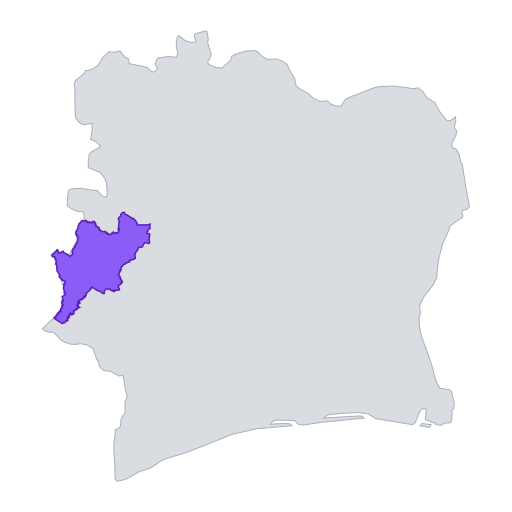 Tonkpi, Dix-Huit Montagnes, Ivory Coast shown in context
{"feature_id": "98640826B98350089255378", "entity_name": "Tonkpi", "entity_type": "district", "adm_level": 2, "iso_a3": "CIV", "parent_name": "Ivory Coast", "parent_adm1": "Dix-Huit Montagnes", "projection": "albers", "projection_center": [-7.715, 7.368], "detail": "fine", "context": "in_parent", "style": "filled", "palette": "violet", "viewbox_px": 512, "rotation_deg": 0, "n_neighbors": 0, "source": "geoboundaries", "source_scale": "gbopen_adm2", "svg_char_len": 9231}
<svg xmlns="http://www.w3.org/2000/svg" viewBox="0 0 512 512"><path d="M85.7,70.5L87.8,70.5L93.1,68.9L98.0,65.3L102.6,57.8L108.7,51.8L115.6,52.3L117.6,51.2L120.0,51.0L122.9,54.9L125.8,57.9L127.9,58.0L129.4,63.7L142.0,66.1L147.4,67.6L152.0,71.8L153.6,71.9L155.5,71.0L157.0,69.5L157.3,67.9L155.3,64.2L156.2,60.8L158.2,57.8L161.4,57.6L166.3,56.7L171.9,56.7L176.1,57.3L177.8,54.2L176.2,45.8L176.6,41.1L177.2,37.2L178.8,35.6L185.0,40.5L190.7,42.3L194.8,42.4L195.9,41.5L194.2,36.1L194.6,34.4L196.2,33.5L198.8,32.9L206.1,30.7L206.9,31.2L208.3,39.6L207.6,42.4L209.2,48.2L211.1,53.6L211.0,55.7L209.4,59.1L207.6,62.1L207.8,63.4L210.7,65.4L216.3,67.6L222.0,68.0L225.2,64.9L228.5,62.3L230.8,60.1L231.6,56.7L235.2,54.2L245.6,51.1L255.2,50.6L257.5,51.6L261.9,56.2L267.4,59.4L275.8,59.0L281.8,60.8L287.1,64.4L290.7,72.4L294.6,78.2L296.3,86.4L302.4,90.6L307.2,92.6L313.7,98.5L320.4,101.5L327.3,100.8L330.6,103.9L335.8,106.0L340.9,106.2L345.4,99.2L351.4,96.5L366.5,90.8L372.5,88.3L378.5,86.7L393.1,86.0L406.7,87.6L413.5,88.8L418.1,87.8L422.5,91.1L427.1,97.9L430.8,100.0L434.6,102.4L437.5,107.7L440.8,113.1L442.7,115.4L446.8,120.7L450.3,120.7L453.7,118.4L455.2,116.7L455.9,120.2L454.6,125.9L454.9,129.4L456.9,130.7L455.9,135.3L451.9,143.0L452.0,147.6L456.0,148.9L458.9,153.7L460.7,162.0L462.4,164.7L462.6,166.4L465.7,186.4L469.5,206.5L467.3,209.1L464.2,209.9L462.1,210.9L461.6,212.8L462.9,215.5L462.1,218.0L458.2,219.8L449.9,226.3L449.3,228.8L447.1,234.3L445.3,237.6L442.6,243.8L438.4,260.2L436.9,273.7L436.7,277.8L435.0,280.8L433.1,285.0L424.0,296.6L419.4,306.1L420.1,310.2L420.3,314.4L419.0,317.4L419.3,325.3L420.5,332.0L422.2,338.6L429.1,357.1L432.7,368.3L434.9,377.4L436.9,383.4L438.7,385.9L439.5,388.2L449.4,389.8L451.4,391.1L454.2,403.0L453.8,408.3L451.9,410.4L452.0,414.9L451.6,420.5L450.2,422.8L444.6,423.1L440.9,425.3L435.9,424.5L435.4,423.1L432.7,422.6L425.3,419.5L426.4,409.2L423.0,408.8L420.3,410.2L415.2,422.6L412.7,424.7L375.8,418.7L367.8,413.7L358.2,412.6L341.5,413.3L327.7,414.9L323.8,418.0L358.6,416.0L362.3,416.3L364.1,418.1L320.1,422.5L303.3,425.1L298.4,424.4L294.6,420.5L276.3,420.1L272.6,421.5L270.4,424.4L277.5,423.7L288.9,423.5L291.9,425.7L256.5,428.8L231.9,434.4L221.5,438.6L187.2,452.2L166.3,458.6L160.8,461.0L151.3,467.6L139.1,471.8L125.3,479.5L116.9,481.3L115.1,478.8L114.8,465.7L113.7,448.1L114.1,441.3L115.2,435.0L115.2,429.8L119.4,427.8L120.5,425.6L121.1,418.8L125.0,412.5L125.1,401.7L126.2,399.4L127.1,396.5L125.4,389.4L123.3,376.0L122.2,375.1L121.3,375.7L119.1,376.0L110.5,371.3L103.8,370.5L99.2,366.5L98.9,362.0L96.6,359.4L95.0,354.2L92.7,348.2L86.2,344.6L80.0,343.7L75.7,344.4L70.6,344.2L64.7,342.2L60.7,339.9L56.8,335.5L53.3,332.0L50.4,332.5L47.0,331.6L43.6,330.0L42.5,328.8L56.7,314.9L61.6,308.1L62.1,303.9L62.1,299.7L63.7,295.4L64.1,288.8L56.3,264.9L54.3,257.5L52.2,255.4L50.9,254.5L54.8,251.5L60.3,252.3L68.7,254.7L70.5,252.3L76.9,240.3L76.7,235.8L76.1,232.7L79.8,224.5L82.7,221.3L84.3,217.8L83.8,213.1L81.6,211.4L78.6,211.7L75.1,210.5L69.8,207.8L67.1,205.4L67.9,194.5L68.4,191.1L70.3,189.2L73.3,188.7L81.6,188.3L88.3,189.6L94.2,190.3L97.3,190.3L99.9,193.5L103.2,196.8L106.2,196.8L107.3,194.4L106.6,183.6L104.6,177.9L100.1,172.4L88.4,167.7L88.2,161.2L89.3,154.1L91.9,151.5L100.5,147.0L99.0,144.5L96.2,142.0L90.7,139.3L92.0,130.9L92.3,123.3L87.6,124.1L82.9,124.6L78.8,122.2L75.5,117.6L74.9,105.0L74.9,90.4L74.2,83.9L75.5,80.4L79.6,77.3L84.1,73.2L85.7,70.5ZM431.1,424.7L429.2,427.5L419.9,425.8L422.1,423.5L431.1,424.7Z" fill="#d9dde1" stroke="#a8b0b8" stroke-width="1"/><path d="M89.7,222.1L89.7,222.4L89.2,222.7L87.7,221.9L86.9,222.4L86.5,222.1L86.8,221.1L86.0,220.5L85.4,220.5L84.1,221.2L82.8,220.9L82.4,220.5L81.4,221.1L81.1,221.7L80.5,222.1L80.0,223.4L79.1,223.5L78.8,224.9L78.2,225.7L78.2,227.0L76.6,230.9L75.8,231.8L75.7,233.2L76.3,234.5L76.1,234.7L76.3,235.3L77.5,235.2L77.0,236.1L78.4,237.9L77.8,238.7L77.8,240.2L76.7,243.3L74.5,246.6L75.0,247.3L74.5,248.0L74.2,248.0L73.1,248.8L72.7,250.3L72.1,251.3L72.8,253.5L72.3,254.6L70.8,255.4L70.0,256.5L66.2,253.7L63.6,252.6L63.3,251.3L61.9,251.6L61.2,252.7L60.7,252.8L59.8,253.0L58.2,252.8L58.4,251.1L57.6,250.8L57.6,250.0L57.3,249.7L56.9,249.9L55.1,252.3L52.0,255.3L51.9,255.8L53.2,257.1L54.3,256.5L55.0,256.8L55.1,258.6L55.7,259.2L55.5,259.5L56.1,260.5L56.3,262.4L56.2,263.2L55.7,263.6L55.7,264.2L56.7,265.2L57.0,266.6L56.7,267.7L57.1,271.1L59.4,274.3L59.2,274.7L59.7,274.8L60.0,275.2L59.8,275.8L59.1,276.8L59.4,277.3L60.4,277.9L60.6,278.4L61.0,278.4L61.4,279.7L61.9,280.0L62.7,279.8L63.1,280.4L64.4,281.4L64.9,281.1L65.1,281.6L65.1,283.4L64.3,283.7L63.7,284.5L64.2,285.4L63.6,287.0L63.7,287.4L63.4,287.9L64.6,292.0L64.3,292.4L64.4,292.8L65.1,292.8L65.1,293.4L65.5,293.9L64.6,295.4L62.2,296.5L62.7,299.5L63.3,300.7L63.3,301.0L62.0,301.2L62.0,301.9L61.6,302.4L62.2,304.5L62.6,304.7L62.8,304.6L63.2,303.8L63.1,304.9L61.8,306.3L62.4,307.3L62.3,307.5L61.8,307.6L61.7,308.3L60.6,308.9L60.9,311.2L60.5,310.8L60.0,310.8L59.5,311.2L59.4,311.4L59.7,311.8L59.6,312.1L59.3,312.4L58.9,312.2L57.9,313.2L58.1,314.0L57.5,313.5L57.4,314.1L56.5,314.6L56.2,315.0L56.4,316.3L56.3,316.6L55.5,317.5L55.0,317.2L54.8,318.2L54.5,318.2L54.3,317.9L54.2,318.3L62.3,323.6L63.2,323.1L63.6,322.2L64.4,322.1L64.9,322.6L65.1,321.7L65.9,321.2L66.2,320.6L67.3,321.0L67.6,320.9L67.8,320.4L67.5,319.6L67.8,319.3L67.3,319.5L67.2,319.2L68.2,318.7L68.0,318.1L67.2,317.4L67.7,317.2L68.1,317.8L68.4,317.8L68.4,317.1L69.4,317.2L69.5,316.6L69.9,316.8L69.5,316.5L69.4,316.1L68.6,315.6L68.8,315.3L69.7,314.9L69.5,314.2L70.1,314.2L70.0,313.3L70.9,313.3L71.3,313.6L71.6,314.2L71.1,314.7L71.4,314.9L72.4,314.7L72.7,314.1L73.6,314.0L73.7,313.8L73.2,313.8L73.7,313.5L73.9,313.0L73.4,312.8L73.5,312.1L73.8,311.7L73.3,310.9L73.7,310.6L74.3,310.9L75.0,310.3L74.8,310.1L75.6,309.2L75.9,309.2L76.2,309.6L76.6,308.8L77.0,308.9L77.0,308.2L77.6,308.5L78.0,307.6L78.4,308.1L79.0,307.7L78.4,307.7L78.8,307.4L78.9,307.1L78.6,306.9L78.8,306.7L77.9,306.1L78.2,306.1L78.3,305.4L78.0,305.0L77.8,305.8L77.5,306.0L77.2,305.5L77.5,305.4L77.3,304.5L78.3,303.8L78.7,304.0L78.9,303.8L78.3,303.6L78.2,302.8L78.5,302.7L78.6,303.0L79.0,302.8L78.1,302.4L78.1,301.9L77.9,302.2L77.7,301.9L77.8,301.6L78.3,301.7L79.0,301.2L79.5,301.7L79.3,301.0L79.8,300.6L79.9,299.8L80.3,299.6L80.7,299.8L80.5,300.4L81.1,299.8L82.0,299.5L81.7,299.1L82.6,299.0L82.6,298.4L83.2,298.4L84.0,297.7L83.6,297.5L83.8,296.9L84.3,297.2L84.4,296.7L85.2,296.7L85.1,296.2L85.6,295.9L85.2,295.7L85.7,295.4L85.7,295.0L86.0,294.8L85.9,294.4L86.3,293.5L87.1,292.8L87.3,292.1L88.7,291.4L88.9,291.0L90.2,289.8L90.2,289.0L91.2,288.7L91.8,287.2L92.8,287.6L97.4,290.6L100.3,291.5L102.7,293.4L104.1,293.6L104.5,290.8L105.5,289.9L106.1,288.9L106.9,288.4L108.4,289.4L110.2,289.2L110.1,289.6L111.2,290.4L111.6,290.3L112.3,290.9L112.7,290.4L113.5,290.7L113.9,291.2L113.7,291.2L113.8,291.6L114.5,291.0L115.0,290.8L114.6,290.4L114.6,290.1L115.5,290.3L119.2,290.0L119.5,289.1L118.0,286.4L119.4,285.0L119.9,284.9L120.8,283.7L121.2,283.6L120.9,283.3L121.0,282.9L121.5,282.6L121.3,282.4L121.4,282.1L121.8,282.2L122.0,282.5L122.4,282.0L121.8,281.5L122.0,281.0L121.6,280.3L121.2,280.5L120.9,280.0L121.2,279.6L120.8,278.8L120.3,278.6L120.5,277.9L120.1,277.3L120.3,276.9L120.1,276.7L119.7,276.9L119.0,276.6L118.8,275.5L118.9,275.1L118.6,275.2L118.4,274.8L118.9,274.4L119.1,273.4L119.7,272.4L119.8,271.7L119.5,270.8L120.0,270.5L120.6,270.8L121.2,269.7L120.9,268.7L121.3,266.9L122.7,266.1L123.0,265.0L123.7,264.4L125.0,264.2L125.5,263.2L126.2,263.0L126.6,263.1L127.7,262.2L128.5,262.1L128.3,262.0L129.0,260.9L129.8,260.8L130.5,260.3L130.9,260.4L131.2,259.7L133.8,259.4L134.4,259.0L134.5,258.5L135.4,258.2L135.2,256.8L134.7,255.7L135.0,255.1L134.7,254.7L135.4,253.6L135.5,252.6L137.7,249.9L137.9,248.2L138.6,248.0L139.0,247.1L141.8,247.2L142.7,246.4L143.3,244.6L144.6,242.9L146.2,242.7L148.2,243.5L149.5,243.2L149.7,242.4L149.3,240.4L149.2,237.2L149.6,236.5L149.7,234.2L149.2,233.6L146.8,233.5L146.6,232.6L146.8,231.9L147.8,231.5L148.0,229.9L149.9,228.6L150.2,227.4L149.6,226.2L150.2,224.2L146.7,224.9L137.5,225.0L137.3,224.6L137.4,224.3L137.0,224.0L136.9,222.6L136.0,221.7L135.9,221.0L134.9,220.2L134.2,218.9L133.1,218.7L132.9,218.5L132.6,218.6L131.5,217.6L130.5,217.3L127.0,214.9L125.1,214.4L124.4,212.4L123.0,212.5L121.8,213.1L120.8,214.5L120.6,216.0L118.7,217.8L118.4,218.3L118.4,219.5L119.3,220.7L119.4,221.4L118.9,222.1L119.1,223.0L118.7,224.0L118.7,226.1L118.3,227.8L119.1,228.2L119.5,228.8L119.4,229.1L118.7,229.0L118.2,229.5L118.9,230.2L118.8,230.9L118.3,231.2L118.4,232.0L117.9,232.7L117.2,232.7L116.9,233.2L116.2,232.2L116.3,232.7L115.7,232.8L115.3,233.2L114.4,233.3L113.9,232.9L114.0,232.5L113.7,232.1L113.5,232.6L112.4,232.5L111.9,233.0L112.2,233.8L111.3,234.0L110.8,234.6L109.9,234.3L109.3,234.7L108.2,233.6L107.8,234.1L107.2,234.2L106.7,233.6L106.8,232.8L106.0,233.0L105.7,232.8L105.4,232.1L105.7,231.8L105.4,231.4L104.5,231.7L104.0,231.5L103.3,231.7L101.0,231.1L100.7,230.6L100.3,230.4L100.3,229.9L100.0,229.6L99.3,229.2L98.9,229.4L99.2,228.1L99.0,227.5L98.5,227.7L98.0,227.5L97.5,226.6L96.7,226.7L96.3,226.2L96.0,226.6L95.8,226.5L95.6,225.4L96.0,225.0L95.7,224.4L95.4,224.3L95.6,223.6L95.2,223.3L95.0,222.1L93.8,221.9L93.8,221.7L93.3,222.0L92.9,221.7L92.9,222.4L91.8,222.9L91.1,222.6L91.0,222.3L90.3,222.6L89.7,222.1Z" fill="#8b5cf6" stroke="#5b21b6" stroke-width="1.5"/></svg>